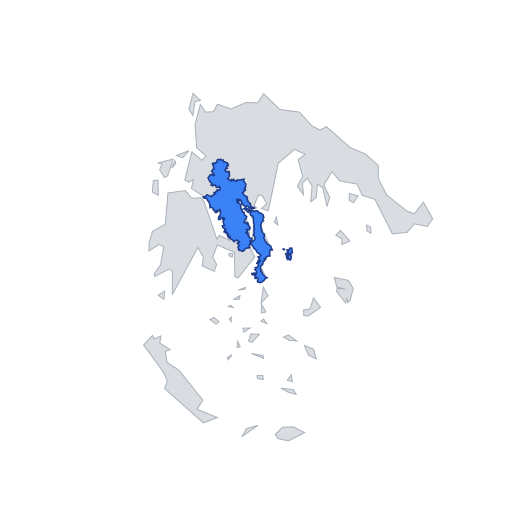 Stereas Elladas, Stereá Elláda, Greece shown in context, rotated 46°
{"feature_id": "26713481B15414951167649", "entity_name": "Stereas Elladas", "entity_type": "district", "adm_level": 2, "iso_a3": "GRC", "parent_name": "Greece", "parent_adm1": "Stereá Elláda", "projection": "natural_earth1", "projection_center": [23.323, 38.611], "detail": "fine", "context": "in_parent", "style": "filled", "palette": "blue", "viewbox_px": 512, "rotation_deg": 46, "n_neighbors": 0, "source": "geoboundaries", "source_scale": "gbopen_adm2", "svg_char_len": 9872}
<svg xmlns="http://www.w3.org/2000/svg" viewBox="0 0 512 512"><g transform="rotate(46 256 256)"><path d="M333.6,98.2L351.9,103.0L353.7,112.2L342.9,119.8L343.9,131.0L334.9,142.5L297.7,131.1L286.2,137.5L274.5,133.3L259.9,143.7L248.1,142.6L252.0,157.9L264.8,162.1L269.7,170.5L253.7,160.7L246.9,162.0L255.8,172.0L255.0,178.9L244.5,166.9L235.7,165.1L235.9,172.0L244.9,179.3L234.5,177.8L231.4,167.3L216.0,158.7L217.0,149.9L206.1,154.3L204.7,175.6L232.0,215.7L225.6,219.2L225.8,211.9L216.9,209.6L213.8,211.8L215.6,216.0L218.5,222.4L222.3,222.1L203.7,230.1L229.2,239.7L245.3,254.1L255.9,257.7L259.3,284.1L256.2,285.6L238.5,268.9L221.1,276.2L227.1,288.2L234.6,290.1L238.1,296.6L225.8,301.6L220.3,294.7L209.4,291.9L225.7,343.0L209.0,326.8L204.9,327.5L200.4,343.0L198.1,341.7L196.2,331.1L185.1,315.8L180.4,317.7L178.0,329.5L172.2,323.6L166.4,313.4L170.1,299.1L149.5,275.6L160.0,261.3L169.6,262.3L175.8,255.2L180.6,255.5L216.8,272.5L215.7,268.1L226.6,264.3L198.2,250.1L194.3,253.9L181.1,251.3L162.6,255.5L157.4,247.8L156.3,253.1L151.8,254.4L136.5,229.7L149.3,228.7L149.6,222.5L137.0,223.5L119.3,208.7L108.4,190.9L117.5,192.3L122.6,186.5L120.0,178.3L132.9,171.9L138.6,156.6L147.0,148.4L144.6,137.8L167.2,137.0L182.7,124.8L201.2,125.4L209.7,122.6L211.9,115.5L243.4,112.9L258.9,106.4L275.9,105.2L285.4,114.4L303.0,119.6L327.8,116.4L335.6,113.0L333.6,98.2ZM251.8,385.7L263.7,382.9L261.6,387.5L270.8,393.9L284.7,390.8L322.9,394.4L325.3,405.0L345.3,396.0L339.5,409.8L287.8,413.8L284.3,406.6L275.0,403.2L242.0,398.7L241.2,385.7L245.1,386.7L247.5,380.0L251.8,385.7ZM229.4,222.4L239.4,232.6L261.9,240.3L267.5,260.2L278.3,263.6L278.8,269.6L270.6,269.6L258.6,252.3L244.1,249.8L229.2,233.2L214.9,229.9L229.4,222.4ZM346.8,208.5L353.2,218.8L353.4,222.4L349.8,220.4L352.1,224.2L337.6,222.7L335.6,220.1L341.8,214.7L334.3,219.4L325.8,214.6L337.7,206.5L346.8,208.5ZM402.5,367.2L397.7,365.9L397.5,355.9L404.9,347.8L416.8,343.7L411.6,360.9L402.5,367.2ZM335.5,260.3L332.0,263.0L327.9,259.2L331.6,254.0L326.1,243.7L337.8,245.3L335.5,260.3ZM128.7,248.4L137.0,263.9L135.9,267.2L127.1,265.5L124.4,259.6L120.7,262.1L128.7,248.4ZM111.1,203.7L103.9,202.4L95.2,188.2L105.6,187.9L102.6,192.8L111.1,203.7ZM310.4,178.1L307.4,186.3L303.4,182.3L296.5,184.2L296.3,177.4L310.4,178.1ZM363.0,279.3L371.8,284.1L363.9,287.1L354.0,283.4L363.0,279.3ZM285.6,148.7L280.8,150.4L276.0,145.4L283.5,140.8L285.6,148.7ZM133.3,273.8L144.5,284.1L137.9,286.2L130.5,277.3L133.3,273.8ZM315.4,318.7L312.1,320.5L308.5,313.9L314.6,308.0L315.4,318.7ZM293.0,275.0L293.3,284.9L283.4,272.3L293.0,275.0ZM379.1,372.3L376.1,391.6L373.5,382.7L379.1,372.3ZM134.4,240.7L128.4,243.3L133.7,231.1L134.4,240.7ZM223.3,352.4L216.3,353.6L217.8,346.0L223.3,352.4ZM368.3,329.9L378.2,321.9L383.4,323.3L375.9,327.6L368.3,329.9ZM333.4,292.5L335.5,287.5L345.4,285.7L339.9,290.6L333.4,292.5ZM303.7,310.3L302.4,317.6L298.8,315.6L303.7,310.3ZM303.2,287.7L300.6,291.7L294.6,285.6L303.2,287.7ZM282.3,232.8L277.3,233.7L275.2,224.8L278.1,226.6L282.3,232.8ZM319.4,157.5L315.2,158.7L310.6,154.9L315.0,153.4L319.4,157.5ZM277.5,328.2L277.3,332.0L269.6,333.3L270.8,329.1L277.5,328.2ZM334.9,321.7L322.9,327.0L332.5,320.1L334.9,321.7ZM272.3,286.9L268.1,292.5L271.4,285.3L272.3,286.9ZM312.1,295.2L306.3,297.9L306.5,294.3L312.1,295.2ZM350.0,336.6L345.2,340.0L342.8,338.4L346.6,334.1L350.0,336.6ZM371.6,317.1L367.1,319.8L365.8,313.1L371.6,317.1ZM275.3,298.1L271.5,302.5L273.4,295.0L275.3,298.1ZM133.9,249.5L134.1,255.6L131.0,248.1L133.9,249.5ZM310.3,330.4L308.7,333.2L304.7,328.5L310.3,330.4ZM248.9,218.6L244.6,219.4L241.9,214.2L248.9,218.6ZM240.4,274.0L237.2,275.1L235.4,273.7L237.9,270.9L240.4,274.0ZM277.1,308.2L273.2,311.0L273.8,308.5L277.1,308.2ZM310.4,341.8L311.5,348.0L309.0,347.2L310.4,341.8ZM286.0,319.6L282.7,319.1L282.9,316.2L286.0,319.6Z" fill="#d9dde1" stroke="#a8b0b8" stroke-width="1"/><path d="M160.1,216.2L160.0,217.5L161.5,219.0L160.7,220.4L160.6,221.1L160.9,221.4L159.9,221.6L159.2,223.1L164.3,225.5L163.6,226.7L164.1,229.1L166.6,229.1L169.0,229.9L168.3,231.3L168.3,230.8L166.6,230.9L166.3,231.7L166.5,232.4L165.6,233.1L166.2,234.0L166.4,236.2L169.1,237.2L170.1,237.1L170.7,237.7L173.6,237.2L174.0,237.7L173.8,239.0L175.7,238.1L176.1,236.1L177.8,236.2L178.7,236.8L180.4,235.9L180.5,234.0L181.4,234.6L182.3,234.4L183.3,236.0L183.4,236.7L182.1,237.4L182.3,238.1L181.8,238.2L182.4,238.8L181.8,239.3L181.9,240.4L182.6,241.4L181.6,241.6L181.2,242.2L183.0,243.1L182.2,244.6L182.0,245.7L182.4,246.8L177.9,248.8L178.0,251.1L176.8,253.0L178.5,253.2L179.8,251.7L180.7,251.6L182.5,252.4L184.3,252.1L185.5,253.0L187.1,253.5L187.7,254.4L188.3,254.2L189.2,255.5L189.6,254.7L191.7,253.6L193.1,254.7L193.6,253.9L194.5,254.5L195.7,254.2L195.8,254.8L196.5,255.0L197.2,254.2L196.7,253.6L197.4,253.5L197.2,252.8L196.3,252.3L197.1,251.4L198.0,251.3L197.4,249.7L198.0,249.8L198.1,250.4L198.5,250.6L199.4,250.6L201.2,252.7L201.6,253.7L202.5,254.4L202.5,254.9L201.8,255.2L203.1,257.3L204.2,257.5L204.9,255.8L204.3,255.3L204.6,254.3L205.5,253.5L206.2,254.2L206.6,253.4L205.9,253.0L206.9,252.5L208.0,253.5L208.1,254.2L207.7,254.6L208.2,255.7L212.2,257.7L210.9,259.2L212.5,260.0L214.5,259.7L215.3,260.1L215.7,259.4L216.3,262.0L216.6,261.6L217.7,262.0L218.6,261.7L217.7,260.8L216.8,261.2L217.2,260.3L218.3,260.7L220.7,260.5L221.7,261.5L220.9,262.0L222.3,262.6L223.9,260.9L225.1,262.0L224.5,262.7L228.1,261.7L230.5,261.9L230.7,259.3L231.9,258.3L233.3,258.4L234.1,258.0L234.6,258.1L234.5,258.7L234.4,259.5L233.6,259.9L233.8,260.6L237.0,260.8L237.0,262.8L238.7,263.3L239.1,264.2L240.6,264.1L241.4,263.2L243.4,262.4L243.1,261.8L243.7,261.1L243.4,260.7L243.7,260.0L243.4,259.3L243.5,257.8L244.0,256.7L244.6,256.5L244.6,255.5L245.4,255.4L245.6,254.6L243.9,253.8L243.4,252.9L243.3,251.4L242.1,251.0L242.1,249.9L241.1,249.7L241.3,248.9L241.8,248.9L241.8,248.3L240.4,246.8L240.0,246.7L239.0,248.1L237.6,247.8L237.1,247.2L235.2,247.3L234.9,246.7L233.5,246.7L232.2,247.3L232.0,246.9L232.5,246.3L233.9,245.9L233.0,245.4L232.3,245.6L231.6,243.9L230.5,244.3L231.2,243.1L232.5,242.3L231.8,240.7L230.4,240.2L229.3,240.5L226.8,238.9L226.0,239.1L226.9,239.9L226.9,240.2L225.1,240.4L223.8,241.4L223.6,241.0L224.4,240.4L223.6,240.3L223.8,240.8L223.5,240.9L223.0,240.6L223.0,240.0L223.3,240.4L223.4,240.5L222.2,238.8L222.2,236.8L221.1,235.2L218.6,235.8L216.1,234.3L214.8,235.3L213.2,233.8L211.1,234.1L208.9,231.8L208.5,230.8L207.1,231.7L206.0,231.5L205.1,232.2L204.7,231.2L204.4,232.0L204.0,232.1L203.7,231.4L203.2,231.6L203.1,231.2L204.1,230.1L202.6,230.6L202.2,230.5L203.3,229.8L202.9,229.4L205.2,228.0L206.6,228.4L207.6,229.4L208.4,229.6L209.0,229.1L210.4,229.9L213.5,229.1L213.8,228.7L213.7,228.0L214.4,227.3L216.5,227.6L217.6,227.2L217.4,226.5L218.8,226.1L219.4,226.5L220.5,223.8L219.7,223.9L218.6,225.0L217.2,225.3L215.5,224.8L214.8,223.7L210.9,223.9L210.3,223.1L208.9,223.0L208.1,222.3L208.1,221.6L207.3,221.3L204.0,222.2L200.9,221.7L201.3,221.1L201.3,219.6L200.9,219.4L201.1,218.9L200.8,218.6L201.4,217.8L200.4,217.2L199.2,217.4L199.4,216.1L199.0,215.2L197.8,214.6L197.7,213.7L197.2,213.3L193.3,212.8L192.5,211.2L189.3,215.8L188.1,216.6L188.8,218.0L186.0,219.6L185.5,218.8L185.0,219.9L184.1,220.1L184.4,221.1L184.9,221.5L183.3,221.8L182.8,222.5L182.1,222.1L180.7,222.7L180.0,219.2L178.8,218.9L178.6,218.2L177.8,218.2L177.2,216.8L176.4,216.7L175.6,217.5L175.8,218.0L175.4,218.4L174.0,219.1L173.8,218.6L172.5,218.6L172.2,216.9L172.6,216.8L173.0,215.6L171.4,215.4L171.0,213.7L171.6,213.2L171.1,213.1L170.9,212.2L169.3,212.5L169.0,211.9L168.0,212.7L166.8,212.8L165.7,213.8L164.2,212.9L162.5,214.5L161.9,214.3L162.0,215.0L160.1,216.2ZM231.7,222.2L228.4,222.8L227.4,223.7L224.6,223.5L223.3,224.7L222.8,226.6L221.6,226.5L220.1,228.1L214.3,230.1L213.6,231.0L213.5,232.0L215.6,231.4L218.3,231.5L219.2,231.0L219.5,230.5L219.3,230.0L217.9,229.6L218.5,229.0L221.0,229.4L221.3,230.5L222.9,231.4L224.8,230.8L227.1,231.6L230.3,234.7L231.8,235.0L234.2,238.0L235.8,238.7L236.5,240.2L238.2,241.1L238.9,243.1L242.2,243.9L243.2,245.2L243.5,246.7L243.1,248.3L242.0,248.6L241.7,249.5L243.0,249.6L243.0,250.5L243.9,251.9L245.6,251.2L249.6,252.3L250.4,251.7L251.3,251.7L253.4,252.6L255.7,252.5L257.0,251.7L257.8,252.3L259.0,252.1L259.4,254.6L258.1,254.8L258.0,255.2L261.2,255.8L261.2,256.5L261.7,256.4L260.7,257.4L261.4,258.7L262.3,257.4L262.9,257.5L263.1,258.1L261.6,260.2L261.9,260.6L263.2,259.9L264.1,260.5L265.0,263.0L263.9,264.6L265.1,264.7L265.0,266.4L266.4,266.0L267.8,266.6L267.9,267.3L268.7,267.3L269.2,268.3L268.6,269.0L268.8,269.7L269.6,269.9L269.8,270.9L271.5,272.3L272.3,271.5L271.6,271.2L271.9,270.2L272.7,269.9L274.2,270.4L274.8,271.4L274.9,272.4L275.9,272.9L278.0,271.5L278.9,269.4L279.2,267.4L278.7,265.5L279.3,263.2L277.9,263.9L273.4,263.8L271.8,262.8L270.3,263.3L269.5,262.6L269.5,261.8L268.9,262.0L267.4,261.3L266.4,259.7L266.7,257.1L264.8,254.7L265.2,254.2L265.1,252.8L263.9,252.1L264.2,251.5L264.9,251.3L264.0,250.5L264.1,247.9L265.7,246.0L261.7,242.7L261.7,241.2L262.9,240.1L258.9,238.5L256.4,239.0L255.3,239.7L253.1,238.9L251.9,239.2L248.0,237.6L247.8,236.6L246.1,234.7L245.2,235.4L241.9,234.9L241.8,233.9L239.2,232.8L239.0,232.3L237.5,231.6L236.7,230.7L235.7,228.3L235.8,226.0L234.0,225.5L233.7,224.7L233.8,223.5L232.5,223.2L231.7,222.2ZM278.4,229.8L278.4,228.1L278.8,227.4L275.2,224.8L273.8,226.3L274.6,227.8L273.2,229.5L274.2,229.4L274.5,230.1L274.9,229.7L275.2,230.7L276.1,230.5L276.0,231.2L277.0,230.9L277.3,231.6L277.8,231.2L278.2,231.4L278.3,232.9L276.9,233.7L278.1,235.0L278.4,235.0L278.4,234.0L279.2,233.7L280.3,234.9L280.7,234.4L281.4,234.7L282.6,234.3L282.3,233.9L282.5,232.9L281.9,232.1L279.3,230.0L278.4,229.8ZM267.6,271.3L267.8,270.4L266.8,269.4L265.7,271.2L266.4,271.7L267.6,271.3ZM275.4,233.3L276.0,232.1L276.0,231.4L275.0,232.8L275.4,233.3ZM270.5,231.9L271.0,231.3L270.3,230.9L269.9,231.7L270.5,231.9ZM267.9,268.8L267.6,269.7L268.2,270.0L268.3,268.9L267.9,268.8ZM280.5,235.2L279.6,234.8L279.3,235.4L280.4,235.7L280.5,235.2Z" fill="#3b82f6" stroke="#1e3a8a" stroke-width="1.5"/></g></svg>